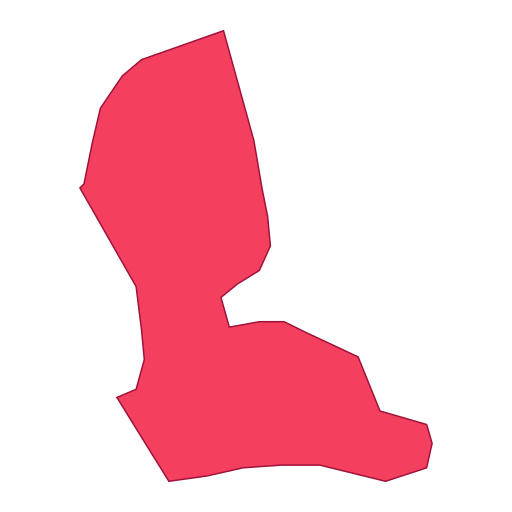 Jongno-gu, Seoul, South Korea (Natural Earth projection)
{"feature_id": "91817680B55576639555152", "entity_name": "Jongno-gu", "entity_type": "district", "adm_level": 2, "iso_a3": "KOR", "parent_name": "South Korea", "parent_adm1": "Seoul", "projection": "natural_earth1", "projection_center": [126.983, 37.59], "detail": "fine", "context": "isolated", "style": "filled", "palette": "rose", "viewbox_px": 512, "rotation_deg": 0, "n_neighbors": 0, "source": "geoboundaries", "source_scale": "gbopen_adm2", "svg_char_len": 581}
<svg xmlns="http://www.w3.org/2000/svg" viewBox="0 0 512 512"><path d="M79.9,187.9L136.1,286.6L141.5,329.8L144.3,359.6L136.1,389.3L116.9,397.4L147.0,446.1L168.9,481.3L171.7,480.9L207.3,475.9L243.0,467.8L281.3,465.1L319.7,465.1L385.5,481.3L426.6,467.8L432.1,443.4L427.3,426.6L426.6,424.5L380.0,411.0L358.1,356.9L306.0,332.5L284.1,321.7L259.4,321.7L229.3,327.1L221.0,297.4L237.5,283.9L259.4,270.4L270.4,246.0L267.6,216.3L262.2,189.3L253.9,140.6L223.5,30.7L141.6,59.6L122.4,75.8L100.4,108.2L92.2,143.3L84.0,183.9L79.9,187.9Z" fill="#f43f5e" stroke="#9f1239" stroke-width="1.5"/></svg>